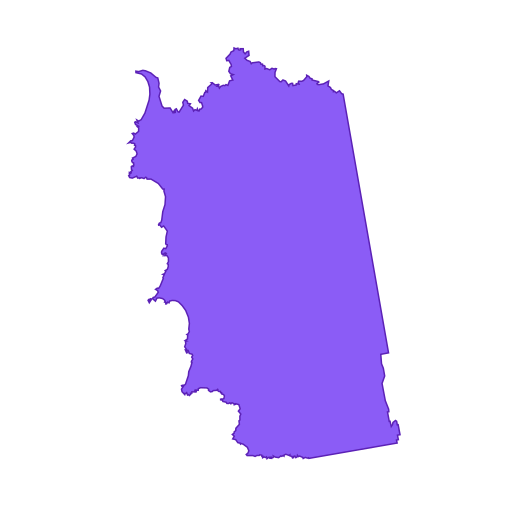 the district of Denmark, Western Australia, Australia, rotated 80°
{"feature_id": "25037944B90574007914814", "entity_name": "Denmark", "entity_type": "district", "adm_level": 2, "iso_a3": "AUS", "parent_name": "Australia", "parent_adm1": "Western Australia", "projection": "equal_earth", "projection_center": [117.036, -34.911], "detail": "fine", "context": "isolated", "style": "filled", "palette": "violet", "viewbox_px": 512, "rotation_deg": 80, "n_neighbors": 0, "source": "geoboundaries", "source_scale": "gbopen_adm2", "svg_char_len": 6035}
<svg xmlns="http://www.w3.org/2000/svg" viewBox="0 0 512 512"><g transform="rotate(80 256 256)"><path d="M464.5,239.1L464.7,149.5L461.6,149.6L461.6,147.7L457.0,147.8L457.0,145.2L446.8,145.3L446.8,146.2L443.2,146.2L442.2,147.2L443.7,150.0L445.9,150.9L447.4,152.4L442.0,152.7L442.0,153.5L432.4,153.6L432.4,152.2L429.8,152.0L420.9,153.8L403.4,154.0L396.5,150.1L388.6,150.1L383.9,151.1L374.5,150.2L374.4,142.3L111.7,142.1L111.0,143.5L107.8,145.1L109.3,148.6L107.6,149.9L107.6,151.2L106.6,150.9L105.0,152.9L103.0,153.4L101.0,155.6L96.3,154.0L98.2,159.6L98.2,164.3L97.7,165.8L96.7,166.0L95.6,163.9L95.1,164.2L92.4,170.2L91.3,170.0L90.1,172.0L88.4,172.7L86.8,174.7L88.3,174.9L91.4,178.7L91.9,180.7L91.2,183.5L92.3,184.3L94.2,183.8L93.3,186.4L94.6,186.9L94.6,190.0L92.3,190.0L92.1,191.3L92.9,193.6L94.2,194.2L88.8,196.5L87.3,198.9L88.8,201.1L88.3,202.3L82.7,206.2L78.5,205.4L75.1,203.4L74.7,204.6L75.1,205.6L73.9,207.7L75.0,210.1L73.2,213.0L73.4,214.7L70.7,214.2L69.8,215.1L69.8,216.3L68.2,216.3L68.0,217.8L66.4,218.1L65.4,219.5L65.1,226.1L65.8,227.3L63.4,228.0L61.7,230.9L59.3,232.7L57.2,228.0L53.1,227.7L53.4,229.6L55.0,231.6L52.9,232.9L49.6,232.6L49.1,235.5L50.2,235.3L50.4,236.4L49.8,237.5L48.2,237.7L48.4,239.9L47.3,241.5L49.9,242.2L50.8,245.2L52.7,246.5L56.1,251.2L58.6,250.9L58.7,248.8L63.1,247.2L65.1,247.3L65.7,249.1L69.4,250.7L72.1,249.5L73.4,246.9L74.2,249.6L78.7,248.3L78.9,251.6L83.1,254.1L82.0,255.8L82.8,257.1L82.2,258.6L82.9,261.4L84.3,262.9L82.6,263.2L82.1,264.8L81.0,262.8L80.5,263.0L80.5,266.5L77.7,269.0L77.7,270.0L78.4,269.4L79.1,270.0L81.7,274.3L86.1,275.3L84.6,276.7L86.0,277.1L86.0,278.0L89.6,280.2L89.0,282.4L92.8,285.5L95.2,284.5L95.5,283.0L99.1,282.5L100.4,282.8L101.8,284.8L101.6,285.9L103.2,286.7L103.1,287.7L100.9,288.2L102.3,288.9L101.3,290.7L102.4,292.3L99.4,292.8L96.3,295.8L94.7,294.2L93.8,296.8L91.6,296.8L89.5,299.1L91.9,301.4L94.9,301.3L101.0,306.8L100.4,307.8L97.2,308.9L97.6,310.1L100.6,310.6L100.7,311.1L98.9,311.5L100.5,312.8L95.3,314.9L94.5,320.8L92.0,322.5L81.9,323.8L76.9,321.3L72.7,322.6L69.1,321.5L63.6,321.8L62.7,323.5L57.5,327.8L54.4,332.7L53.5,335.2L54.0,339.5L53.1,342.2L54.6,342.4L56.9,337.1L60.4,334.1L65.4,332.2L71.2,331.5L78.2,332.4L83.9,334.2L96.0,340.6L101.8,345.4L102.8,348.1L101.4,349.7L104.4,349.1L102.8,351.5L103.3,352.2L105.6,351.8L107.7,349.2L108.0,350.5L109.4,349.3L112.9,350.0L115.0,353.7L113.7,355.1L113.9,356.6L116.3,355.3L117.9,355.5L120.8,357.6L120.8,359.3L122.5,361.8L122.3,359.6L123.2,359.1L123.7,356.8L124.6,355.9L125.8,356.4L126.3,355.5L127.8,355.7L129.6,357.5L132.0,355.7L134.8,355.4L137.1,357.1L138.1,360.6L139.3,360.2L140.0,361.7L140.8,361.9L142.6,361.4L143.0,360.4L145.3,360.5L145.5,361.3L146.5,361.2L146.0,362.9L146.4,363.3L149.2,363.6L150.2,363.0L151.1,364.5L151.8,364.4L151.7,366.0L152.9,365.2L153.0,366.5L154.5,366.5L154.8,367.4L156.8,366.8L157.8,364.3L156.7,359.6L158.7,359.0L158.9,356.8L159.3,356.9L159.0,355.0L160.3,352.8L159.3,351.0L159.8,350.2L161.4,349.9L162.0,346.1L167.6,339.6L173.9,336.2L174.2,334.8L176.0,335.4L181.9,334.8L189.6,336.7L196.1,340.1L204.3,342.6L206.7,344.0L206.8,345.4L208.1,346.5L208.7,346.5L208.6,345.4L211.3,344.0L210.4,341.9L210.8,341.5L216.1,339.0L221.6,341.3L228.2,342.8L229.2,342.4L229.5,341.4L230.7,341.6L233.1,343.6L232.3,345.4L235.0,348.1L236.5,348.5L237.9,348.2L238.1,347.0L238.7,347.1L237.7,346.0L238.1,345.5L237.2,344.9L237.9,343.9L239.8,345.8L240.0,343.7L242.6,342.6L246.4,343.2L248.2,344.7L249.1,343.9L251.3,344.3L253.8,345.7L254.6,348.0L255.4,347.5L257.5,349.1L257.9,350.8L258.5,349.7L261.3,351.5L262.0,351.2L269.1,355.7L271.0,357.6L270.5,358.8L271.4,360.7L273.0,358.9L274.8,358.6L278.8,362.7L279.0,364.5L280.0,365.3L283.0,362.9L280.3,360.9L280.4,358.5L281.7,355.4L283.4,353.8L284.8,353.3L285.5,354.0L286.2,352.8L287.5,353.2L287.6,352.4L286.1,351.0L287.0,349.8L285.4,348.9L285.2,346.3L285.9,343.2L287.7,340.3L292.0,337.3L297.4,334.7L304.4,333.2L310.8,333.3L316.3,334.9L318.9,334.8L320.9,336.5L321.3,337.7L322.0,337.0L325.8,337.9L327.0,340.5L327.7,339.3L327.8,340.3L330.2,340.4L333.0,342.0L337.4,340.0L337.3,339.2L340.4,338.6L341.6,336.0L342.9,335.6L344.4,336.9L346.4,336.1L348.4,337.8L349.2,338.1L349.6,337.5L353.3,339.2L358.2,342.3L362.1,343.4L370.0,347.7L371.0,349.5L370.5,350.1L370.7,351.8L371.5,351.6L371.8,350.2L374.2,352.5L376.8,352.4L380.0,350.3L379.1,350.0L379.4,349.5L378.5,348.0L381.0,347.6L380.7,346.7L381.8,345.9L380.7,344.2L379.8,344.3L379.9,343.0L378.6,342.7L379.5,338.7L378.9,338.3L378.4,339.9L377.4,339.2L378.2,336.2L376.6,335.8L376.1,333.4L377.4,327.2L379.0,325.7L380.1,326.1L381.9,324.4L381.9,322.6L381.1,321.5L381.5,317.7L380.8,317.3L380.3,316.3L381.5,317.5L383.0,316.0L383.2,314.5L384.5,314.6L384.7,313.6L385.9,313.7L386.8,312.0L388.3,311.4L390.9,312.4L391.1,314.5L390.3,315.0L391.2,314.7L390.9,315.7L391.5,315.8L392.1,314.1L393.5,313.9L394.8,310.8L396.1,310.3L396.5,308.6L396.0,307.3L397.2,306.4L396.5,305.7L396.6,304.5L397.8,303.6L397.9,302.2L398.6,302.7L398.3,300.9L399.4,298.7L403.7,298.1L405.7,300.3L409.0,298.4L411.0,299.7L414.7,300.3L415.4,301.4L418.9,301.6L422.1,305.7L424.4,306.3L425.5,308.1L426.7,308.3L427.6,310.3L429.7,308.7L432.1,310.7L433.3,307.9L436.7,306.3L437.6,304.0L438.5,303.9L438.1,303.2L439.1,301.3L442.9,297.7L446.6,296.9L448.6,298.1L449.8,300.1L451.0,299.4L452.0,293.7L453.2,291.7L452.6,289.8L453.0,287.5L452.4,286.8L453.2,284.9L454.4,285.0L454.4,284.1L455.8,284.4L455.3,282.9L456.1,281.7L455.6,280.5L457.5,280.4L456.5,278.5L456.7,276.6L457.6,277.3L458.0,275.7L457.0,275.6L457.5,274.3L456.9,273.5L456.0,273.6L457.4,271.9L458.5,268.7L457.2,266.2L457.8,265.4L457.2,264.0L458.0,263.2L456.9,262.8L456.4,261.1L458.1,258.1L457.7,257.2L458.6,257.4L459.7,255.5L461.2,255.1L461.1,254.1L459.9,253.9L460.2,253.1L459.8,252.5L461.5,251.8L460.9,250.3L459.5,249.8L460.9,249.1L460.6,247.8L462.5,244.9L463.6,244.7L462.9,242.5L464.0,240.3L463.8,239.3L464.5,239.1ZM283.5,369.2L280.2,366.2L279.9,367.0L280.8,367.1L280.0,368.6L280.3,369.3L281.1,368.8L281.2,369.9L283.5,369.2ZM339.3,340.5L336.4,340.9L336.2,341.9L339.4,341.1L339.3,340.5Z" fill="#8b5cf6" stroke="#5b21b6" stroke-width="1.5"/></g></svg>